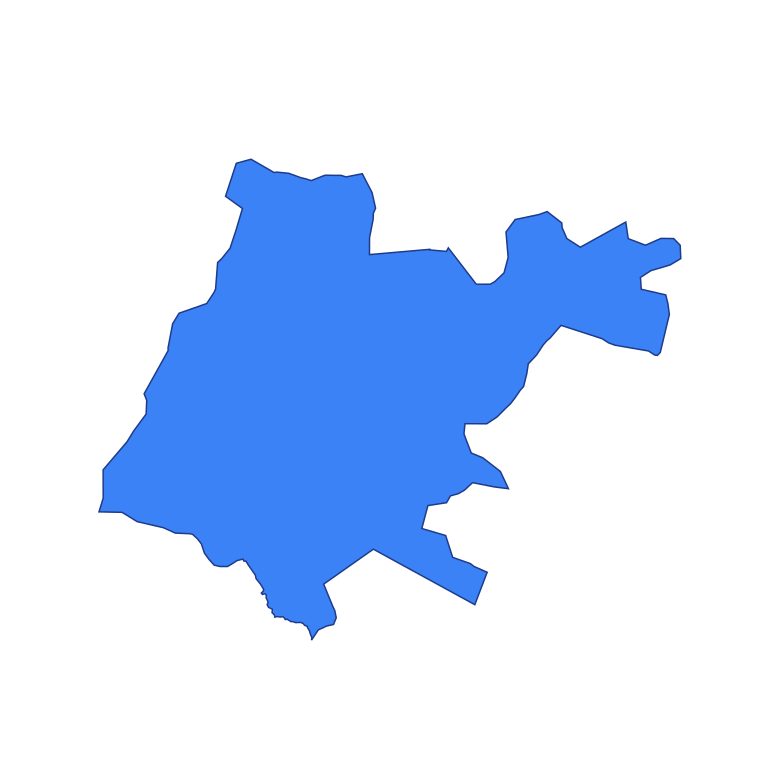 Kanke, Plateau, Nigeria, rotated 207°
{"feature_id": "59680162B46182656305392", "entity_name": "Kanke", "entity_type": "district", "adm_level": 2, "iso_a3": "NGA", "parent_name": "Nigeria", "parent_adm1": "Plateau", "projection": "orthographic", "projection_center": [9.61, 9.363], "detail": "fine", "context": "isolated", "style": "filled", "palette": "blue", "viewbox_px": 768, "rotation_deg": 207, "n_neighbors": 0, "source": "geoboundaries", "source_scale": "gbopen_adm2", "svg_char_len": 2379}
<svg xmlns="http://www.w3.org/2000/svg" viewBox="0 0 768 768"><g transform="rotate(207 384 384)"><path d="M202.9,228.6L206.6,263.1L220.9,262.3L225.6,263.2L244.1,260.7L260.3,277.0L284.7,272.4L289.7,295.6L274.4,306.6L274.0,314.5L267.8,320.2L264.1,326.0L260.3,336.3L238.9,342.4L225.6,347.2L240.6,358.9L262.5,363.1L274.9,362.1L288.6,374.4L290.2,376.1L293.8,385.4L274.4,395.2L268.3,406.0L264.6,417.5L262.3,423.9L260.9,431.5L259.8,440.1L258.5,445.2L261.4,457.8L264.6,467.4L261.2,479.3L259.9,491.0L258.5,496.6L256.9,500.4L252.9,516.6L210.2,523.4L202.6,522.6L195.9,523.4L163.3,533.5L156.1,532.7L155.9,532.7L153.4,533.6L152.2,537.6L161.3,575.5L167.6,584.6L173.4,591.3L197.8,585.2L203.9,595.4L197.6,606.2L183.1,620.0L176.5,630.5L183.1,642.1L191.9,645.1L203.3,639.5L214.1,626.3L232.4,624.4L242.1,638.1L271.2,595.0L287.1,596.6L296.2,604.1L298.7,608.2L316.9,611.7L322.7,605.5L341.8,590.1L344.3,574.8L330.9,553.2L327.5,537.6L331.7,525.6L334.7,521.1L347.1,514.8L388.5,534.5L388.6,530.5L405.2,523.8L403.7,525.2L455.7,492.7L463.3,507.8L468.4,525.7L471.0,531.4L471.3,536.8L481.5,549.1L498.8,561.5L511.8,551.3L517.0,550.4L522.5,547.6L531.3,543.3L541.2,532.2L546.7,531.3L551.7,530.1L564.5,528.5L575.8,524.1L577.9,522.5L604.5,523.9L615.8,513.6L610.4,479.3L589.8,476.1L585.7,453.9L582.8,435.1L585.4,422.4L587.4,416.7L577.2,392.2L577.0,388.3L578.5,375.2L598.7,354.1L599.7,341.8L592.8,318.1L591.5,315.8L593.3,266.4L588.0,261.7L582.3,249.2L585.7,228.7L586.7,216.0L595.3,180.0L582.4,154.9L579.9,140.7L559.2,150.7L557.4,150.6L541.4,149.3L515.4,155.8L502.3,156.4L491.3,161.4L489.4,162.3L486.5,163.2L480.0,161.4L474.1,158.6L467.1,151.7L459.9,148.1L453.1,145.5L447.3,146.9L440.5,150.4L437.3,155.5L434.9,159.8L430.2,164.0L428.5,162.6L426.6,163.5L422.7,161.1L416.7,157.9L411.9,155.3L409.5,152.4L403.2,149.6L398.0,146.4L397.6,144.5L398.4,142.0L396.8,141.3L395.2,142.9L393.6,142.9L392.5,141.5L392.0,140.0L388.2,137.1L388.0,134.4L385.5,132.6L381.2,132.6L379.9,129.4L376.9,128.5L375.4,126.7L373.6,128.3L370.5,129.3L368.8,130.7L366.4,130.3L365.1,129.3L363.3,130.5L359.1,130.0L357.0,131.0L354.6,131.2L350.0,133.7L347.4,133.9L344.9,132.9L344.6,133.0L342.5,133.3L341.5,132.2L338.5,130.3L335.5,127.2L333.3,125.5L332.3,122.9L330.9,135.1L325.2,142.3L319.8,146.8L320.4,154.0L325.0,159.8L328.9,162.8L337.5,170.2L346.9,178.3L318.5,232.0L289.0,231.1L202.9,228.6Z" fill="#3b82f6" stroke="#1e3a8a" stroke-width="1.5"/></g></svg>